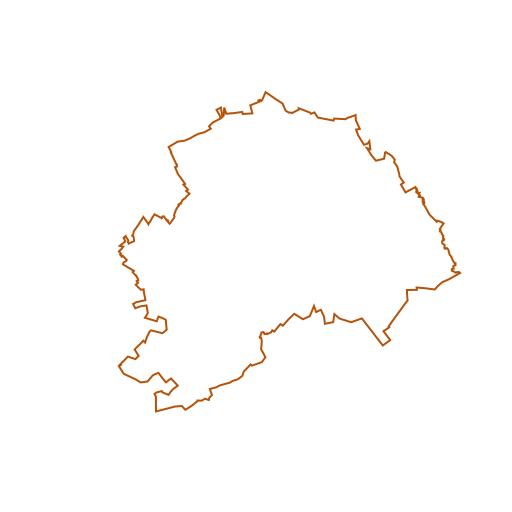 Bojanala, North West, South Africa, rotated 147°
{"feature_id": "47623444B85240549790840", "entity_name": "Bojanala", "entity_type": "district", "adm_level": 2, "iso_a3": "ZAF", "parent_name": "South Africa", "parent_adm1": "North West", "projection": "albers", "projection_center": [27.064, -25.431], "detail": "fine", "context": "isolated", "style": "outline", "palette": "amber", "viewbox_px": 512, "rotation_deg": 147, "n_neighbors": 0, "source": "geoboundaries", "source_scale": "gbopen_adm2", "svg_char_len": 5847}
<svg xmlns="http://www.w3.org/2000/svg" viewBox="0 0 512 512"><g transform="rotate(147 256 256)"><path d="M431.0,238.5L431.1,229.2L427.4,223.3L424.1,218.1L421.7,212.9L415.3,209.8L407.7,212.1L406.8,212.1L401.5,211.2L401.0,204.7L400.4,199.1L394.0,199.6L392.2,189.9L398.4,189.5L401.8,188.5L405.0,187.2L408.8,192.7L408.6,194.0L413.1,195.6L416.1,195.7L416.5,194.6L416.5,192.6L421.3,185.2L424.5,180.1L406.0,173.9L399.9,170.6L399.0,165.5L391.7,165.4L383.9,166.2L383.7,166.6L380.2,164.2L376.5,164.1L374.0,160.9L372.4,162.5L368.7,163.4L367.1,169.6L361.0,167.6L356.2,167.0L346.4,163.9L344.3,164.1L338.3,162.5L332.8,162.9L329.1,165.8L323.1,167.1L319.6,168.0L319.2,166.3L308.9,163.8L303.2,166.0L302.5,175.0L297.7,181.1L296.2,184.7L297.2,185.2L297.2,185.8L297.0,186.0L293.2,188.4L293.1,188.8L291.1,188.1L291.4,185.9L290.0,185.2L289.1,185.1L289.1,184.4L284.9,183.8L282.8,184.8L281.9,182.6L272.6,185.6L271.4,182.9L263.7,185.1L255.4,186.7L251.1,177.4L243.5,176.3L234.6,182.5L236.1,176.2L230.9,175.6L232.0,168.0L235.1,161.6L227.3,158.5L221.9,164.6L220.0,158.0L212.2,148.6L201.2,146.0L198.4,111.9L189.2,112.4L190.1,123.5L183.1,123.6L183.2,124.6L175.9,127.6L155.4,135.4L153.1,136.1L150.7,140.6L148.0,145.3L139.5,140.0L138.4,142.1L131.3,136.5L124.2,130.5L120.3,131.7L114.0,132.6L107.0,131.4L94.1,130.6L94.3,131.6L95.0,132.4L95.8,132.8L96.6,133.1L97.3,133.2L97.7,133.3L98.0,133.9L98.2,134.8L98.8,135.5L99.0,136.0L99.6,136.6L99.7,136.8L99.2,137.7L99.3,137.9L98.9,138.3L98.1,138.2L97.0,137.7L96.9,138.0L96.8,138.8L96.3,139.6L96.2,140.0L95.2,140.2L94.0,139.6L93.6,139.6L93.4,139.9L93.5,140.4L93.4,140.5L92.6,141.3L93.3,141.8L93.4,142.2L93.3,143.3L93.4,143.9L93.4,144.8L92.8,148.3L92.6,148.6L92.7,150.6L92.9,151.5L91.9,154.7L91.5,155.5L91.3,156.1L91.4,156.9L91.3,157.2L91.6,158.6L92.1,159.0L92.5,159.0L92.7,158.8L93.1,158.8L93.7,159.6L93.7,160.0L93.5,160.4L93.1,160.9L92.3,161.6L91.8,162.6L92.9,164.9L92.7,165.2L92.5,165.8L92.1,166.7L91.4,167.1L91.1,167.5L90.9,167.5L90.4,167.1L90.0,166.9L89.4,167.0L89.2,167.3L89.1,168.0L89.5,168.7L89.4,169.4L89.1,169.7L88.6,170.3L88.2,170.3L88.0,170.7L88.1,171.4L88.0,172.0L88.2,173.1L88.2,173.4L87.8,173.7L87.7,175.0L87.8,175.6L88.1,175.8L88.4,176.5L87.5,177.1L87.4,177.6L86.9,177.6L86.8,177.8L87.0,178.6L80.9,181.2L82.3,183.9L84.8,187.0L85.8,186.3L87.9,196.0L87.2,206.4L87.5,208.3L86.8,208.5L87.2,208.8L87.1,209.0L86.5,208.8L86.3,209.0L86.4,209.3L86.0,209.3L85.8,209.6L85.7,209.9L85.8,210.1L86.4,210.2L86.7,210.6L86.3,210.9L86.1,211.0L86.2,211.4L85.9,211.9L85.8,211.6L85.9,211.1L85.4,211.5L85.1,211.2L85.0,211.8L84.8,211.7L84.7,211.8L85.1,212.1L85.1,212.5L84.9,212.7L84.8,212.3L84.7,212.3L84.7,212.6L84.3,213.3L84.3,213.6L84.4,213.8L85.0,214.3L85.1,214.9L85.5,215.2L85.7,215.7L85.9,215.7L86.1,216.1L86.9,216.4L87.1,216.7L86.8,216.7L86.8,217.2L86.4,217.1L86.4,217.5L86.0,217.6L85.8,217.3L85.7,217.4L85.7,217.5L86.0,217.8L85.9,217.9L85.5,217.9L85.7,218.9L85.4,219.0L85.4,219.4L85.2,219.6L84.8,219.8L85.4,220.0L85.7,220.3L86.0,220.3L86.1,220.5L85.6,220.4L85.5,220.6L85.7,220.9L86.0,220.9L86.1,221.1L86.1,221.7L86.3,221.7L86.4,221.4L86.5,221.8L86.0,222.2L86.0,222.6L85.9,222.8L86.0,223.0L85.9,223.2L85.5,223.2L85.4,223.0L85.1,222.8L85.0,223.1L85.2,223.3L84.9,224.1L85.3,224.0L85.0,224.3L85.2,224.8L84.9,225.1L84.8,225.5L85.1,226.2L84.8,226.2L84.9,226.6L84.8,227.0L96.0,227.9L95.5,237.0L92.1,237.1L92.3,244.5L91.2,246.9L88.9,253.8L89.0,259.6L87.2,261.1L87.6,265.8L88.7,268.6L90.6,272.5L91.5,272.4L95.5,267.8L103.5,270.6L104.3,277.4L104.2,286.0L102.0,283.2L98.4,290.6L101.3,289.5L104.9,290.5L104.6,301.6L103.2,307.5L99.7,306.1L98.3,315.6L95.7,319.9L104.3,322.0L106.3,321.9L115.6,328.7L117.2,327.3L128.8,338.5L128.8,344.6L132.4,345.3L132.6,346.8L139.7,356.7L140.5,355.5L148.1,356.3L148.5,357.2L150.2,358.2L152.0,361.6L150.7,369.4L154.0,376.8L158.7,388.2L166.1,383.3L167.4,383.1L167.6,384.8L169.3,385.1L169.5,383.6L178.7,385.5L181.4,377.6L189.8,382.3L189.1,384.3L198.5,388.7L198.5,388.9L203.5,391.5L201.8,397.8L206.7,391.3L208.4,391.0L204.6,399.6L209.5,400.1L209.8,394.2L210.6,390.6L219.5,391.5L222.4,390.9L224.8,390.3L224.6,387.4L232.0,387.9L237.5,389.8L242.8,390.4L246.9,390.5L253.0,391.6L259.4,394.6L269.9,395.0L270.5,389.3L271.0,389.3L272.1,381.8L272.8,376.7L272.8,376.3L272.6,376.3L272.6,375.8L272.9,375.8L273.5,374.1L275.5,374.5L276.8,367.6L276.2,355.1L278.0,355.4L276.9,348.7L279.2,348.6L277.8,344.5L281.9,343.7L284.3,342.9L284.7,343.2L287.1,343.0L290.6,340.9L290.8,341.4L292.5,341.5L293.3,341.2L293.1,340.2L295.6,339.5L298.3,338.1L302.6,334.8L302.8,333.5L304.0,332.6L310.3,330.2L310.9,330.1L311.4,333.8L310.6,333.2L310.4,333.5L311.2,334.9L311.8,338.0L311.8,338.6L311.5,338.9L311.5,339.1L312.0,339.6L312.9,340.1L313.2,340.0L313.5,339.8L313.8,339.7L314.2,339.3L314.4,339.0L314.6,339.0L314.6,339.4L318.4,346.2L321.9,344.8L326.6,342.2L327.6,342.2L328.9,341.2L328.9,343.8L329.2,350.1L337.7,346.2L345.0,343.3L347.3,341.0L348.8,340.5L348.1,339.1L350.1,334.9L351.3,335.0L355.5,335.8L356.1,335.8L355.8,337.2L354.9,338.3L354.7,339.0L354.5,340.4L354.8,341.6L354.4,343.7L357.2,343.3L357.6,339.4L364.7,338.7L362.3,336.1L364.9,335.2L368.5,334.5L368.0,331.3L369.2,331.1L368.9,329.6L369.1,328.6L368.5,328.4L367.6,328.6L366.6,323.1L367.2,323.1L367.8,322.5L369.4,322.7L371.0,322.5L372.1,321.4L366.5,310.0L368.2,309.7L367.6,305.5L367.2,305.2L367.4,304.3L367.2,303.8L367.5,302.0L367.3,301.6L367.6,300.9L368.2,300.4L368.2,299.6L368.5,299.6L369.1,299.9L369.7,300.0L369.8,299.2L369.6,297.8L372.5,297.4L371.0,290.4L368.4,289.3L369.7,286.8L372.8,279.2L381.7,282.5L385.2,282.7L385.7,277.9L380.6,276.8L374.8,274.2L377.6,267.4L378.4,266.7L382.8,264.7L374.8,255.3L370.8,258.3L369.1,255.9L368.7,255.7L366.4,251.7L371.1,242.8L376.5,242.2L384.5,250.8L386.5,250.5L391.6,247.4L396.2,243.8L396.6,246.3L408.7,243.7L408.8,236.2L413.3,235.2L418.2,241.4L428.1,239.2L428.3,238.3L429.4,238.3L429.4,238.9L431.0,238.5Z" fill="none" stroke="#b45309" stroke-width="2"/></g></svg>